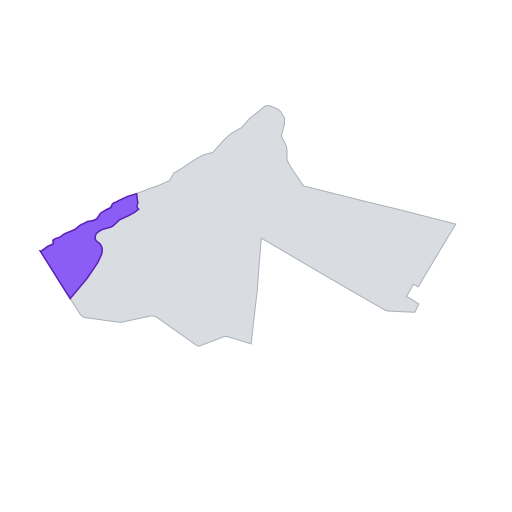 where Aqaba sits in Jordan, rotated 48°
{"feature_id": "JOR-849", "entity_name": "Aqaba", "entity_type": "Province", "adm_level": 1, "iso_a3": "JOR", "parent_name": "Jordan", "parent_adm1": "", "projection": "albers", "projection_center": [35.24, 29.976], "detail": "fine", "context": "in_parent", "style": "filled", "palette": "violet", "viewbox_px": 512, "rotation_deg": 48, "n_neighbors": 0, "source": "natural_earth", "source_scale": "10m", "svg_char_len": 2462}
<svg xmlns="http://www.w3.org/2000/svg" viewBox="0 0 512 512"><g transform="rotate(48 256 256)"><path d="M165.3,140.9L172.6,142.6L176.8,146.4L183.9,157.0L194.8,160.0L199.2,163.0L205.2,168.6L212.5,170.6L235.6,173.8L253.8,161.7L269.2,151.3L286.6,139.6L298.4,131.5L318.4,117.8L331.6,109.1L348.9,97.6L366.0,86.2L371.3,103.8L376.6,121.0L382.1,138.8L387.4,156.1L382.3,158.0L386.8,171.2L393.5,169.0L400.7,167.1L404.1,175.6L394.4,185.5L384.6,195.3L382.3,196.4L369.2,200.7L342.6,209.4L324.6,215.2L301.7,222.6L282.6,228.6L263.7,234.6L246.2,240.1L256.4,250.9L272.1,267.4L282.6,278.3L295.1,292.5L306.2,305.1L318.1,318.4L310.1,323.2L296.9,331.1L295.5,332.5L294.4,334.0L289.2,347.6L285.0,358.4L283.5,359.8L264.8,364.0L245.9,368.3L233.9,371.0L230.4,373.8L222.7,387.2L214.8,401.0L201.4,412.4L186.4,425.0L182.7,425.8L171.8,424.0L153.2,420.8L135.2,417.7L122.9,415.5L108.0,412.9L110.2,402.3L109.6,396.7L113.2,378.0L115.3,369.2L116.3,362.7L121.4,349.5L120.8,345.2L121.9,330.0L121.4,327.0L123.7,318.8L128.0,306.7L132.3,296.4L133.8,291.7L138.1,281.9L142.0,269.8L140.0,263.2L139.3,261.9L140.9,254.3L142.7,241.9L143.7,235.2L146.0,226.4L150.1,218.9L148.2,201.3L148.4,191.8L150.9,180.9L149.5,168.3L150.6,150.2L150.8,148.6L152.3,146.4L153.4,145.2L161.8,141.4L165.3,140.9Z" fill="#d9dde1" stroke="#a8b0b8" stroke-width="1"/><path d="M108.4,396.3L108.7,394.1L109.2,392.4L110.1,390.9L110.8,388.9L111.2,384.3L111.7,382.3L115.0,373.6L115.3,371.9L115.3,367.0L115.8,364.3L116.1,363.6L116.5,363.0L116.7,362.3L116.8,361.3L117.6,358.1L120.6,353.7L121.7,351.0L121.7,348.4L120.3,343.5L120.3,341.2L120.8,339.8L121.5,335.6L121.9,334.6L122.3,333.8L122.7,332.9L122.9,331.8L122.7,330.7L121.7,329.0L121.3,328.2L121.3,326.3L122.6,323.0L122.9,321.1L125.9,311.3L129.9,303.0L131.0,303.8L135.7,307.2L136.8,307.7L137.7,308.6L138.5,310.0L139.3,311.1L140.3,311.6L141.1,311.9L142.7,311.9L142.3,317.0L140.9,323.3L137.8,333.1L138.0,342.2L137.4,344.5L133.4,352.6L132.6,356.6L132.4,358.7L132.7,360.2L133.1,361.0L133.6,361.9L134.3,362.8L135.1,363.6L136.1,364.1L137.2,364.5L138.3,364.5L139.4,364.4L140.3,364.1L141.2,363.9L143.0,363.8L145.0,364.2L146.3,364.7L147.7,365.5L149.1,366.7L150.3,368.0L151.4,369.6L155.0,377.9L159.6,396.4L163.2,421.9L163.4,422.6L155.1,421.2L144.7,419.4L134.9,417.7L124.0,415.8L115.7,414.4L107.9,413.0L108.8,412.4L109.3,405.0L109.8,402.9L111.3,399.6L111.3,398.4L109.8,396.9L108.9,396.9L108.8,396.6L108.8,396.4L108.7,396.3L108.4,396.3Z" fill="#8b5cf6" stroke="#5b21b6" stroke-width="1.5"/></g></svg>